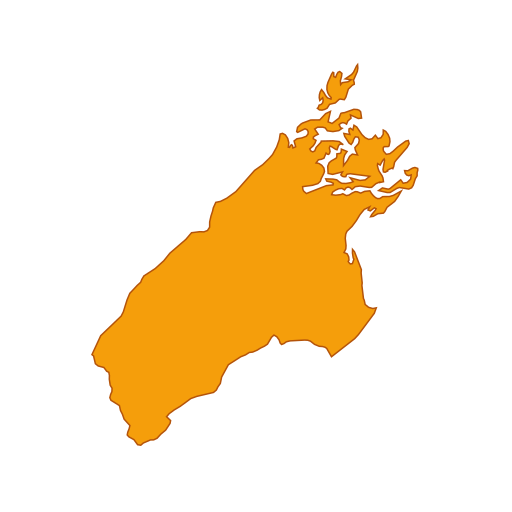 outline of Marlborough District, rotated 9°
{"feature_id": "NZL-3401", "entity_name": "Marlborough District", "entity_type": "Unitary Authority", "adm_level": 1, "iso_a3": "NZL", "parent_name": "New Zealand", "parent_adm1": "", "projection": "orthographic", "projection_center": [173.864, -41.59], "detail": "fine", "context": "isolated", "style": "filled", "palette": "amber", "viewbox_px": 512, "rotation_deg": 9, "n_neighbors": 0, "source": "natural_earth", "source_scale": "10m", "svg_char_len": 6111}
<svg xmlns="http://www.w3.org/2000/svg" viewBox="0 0 512 512"><g transform="rotate(9 256 256)"><path d="M260.8,131.7L263.0,130.7L266.1,131.8L268.9,134.9L270.7,139.0L270.9,143.5L272.1,143.5L273.0,141.2L273.8,140.5L274.7,141.2L275.6,143.5L278.1,141.9L275.6,136.4L278.1,133.8L282.8,132.2L286.9,129.9L288.3,127.4L288.1,125.0L286.7,123.3L284.5,122.7L277.8,127.4L276.7,126.8L276.9,122.4L279.7,118.7L281.2,117.4L288.8,113.1L297.7,111.6L302.5,104.5L306.9,101.5L306.2,112.2L310.4,113.2L316.4,106.8L317.5,101.9L318.5,101.3L321.1,100.5L329.7,95.8L333.2,95.5L335.3,96.0L336.8,97.2L338.7,103.3L335.6,104.2L327.2,101.9L328.3,105.0L325.6,108.3L324.8,111.6L322.8,110.8L320.9,110.7L319.2,111.5L317.5,113.2L319.5,116.1L321.1,116.4L318.2,119.2L312.5,121.1L306.9,121.2L304.4,118.7L301.8,118.3L296.7,119.1L294.1,121.4L298.4,126.0L295.9,127.7L294.1,129.5L294.2,131.2L297.2,132.4L296.6,135.3L295.4,138.0L292.3,141.9L293.8,143.7L295.8,144.3L297.6,143.0L298.4,139.4L302.4,133.4L302.5,132.3L314.1,130.2L320.2,129.9L324.8,132.4L322.8,132.1L321.3,132.5L320.3,133.9L319.4,138.4L318.0,138.2L313.0,136.0L311.9,135.9L311.5,137.8L312.8,141.1L312.5,143.3L311.8,144.3L310.6,144.3L309.1,143.4L307.8,148.8L305.4,150.3L302.6,151.2L300.8,154.7L303.5,154.7L306.7,156.1L309.3,158.5L310.4,161.7L310.0,164.1L308.3,169.3L307.9,172.1L305.8,174.8L300.8,177.3L291.2,180.2L291.8,182.8L293.0,184.6L296.0,186.4L314.5,175.5L321.0,173.7L321.0,172.1L318.5,171.3L314.2,171.0L312.8,168.9L320.1,168.0L323.8,168.1L326.5,169.7L329.3,170.8L333.5,170.3L337.7,168.9L340.4,167.4L336.7,164.0L347.0,165.1L352.0,163.7L355.9,159.5L336.2,160.0L333.2,160.9L332.7,161.6L332.3,163.6L330.7,164.0L328.8,163.8L327.1,162.6L328.3,159.4L318.9,163.4L314.3,163.2L312.8,156.1L313.7,152.4L315.5,150.3L320.0,146.7L320.3,145.3L319.9,142.4L322.7,141.6L323.6,140.9L323.8,139.5L323.6,137.1L329.6,138.5L327.8,142.2L327.3,145.8L328.3,153.0L331.4,147.3L332.9,142.9L335.2,140.3L340.5,140.3L337.5,135.7L336.7,133.5L339.7,128.8L339.9,125.3L338.4,122.7L335.5,122.7L334.4,125.0L333.7,128.6L332.5,131.0L330.2,129.9L324.9,124.0L323.6,121.2L329.7,121.3L328.2,118.3L328.0,115.9L329.2,115.0L332.0,116.4L332.3,111.5L335.3,112.8L341.6,119.5L345.3,122.1L349.0,123.2L352.3,122.1L355.0,118.0L358.0,121.0L360.9,119.7L362.6,116.0L362.0,111.7L364.6,112.6L367.4,115.3L369.6,118.8L370.4,122.1L370.2,126.5L369.3,127.3L365.6,127.9L364.8,128.9L364.8,130.4L365.6,132.5L368.8,135.2L372.2,134.0L375.1,131.0L378.8,126.2L385.9,119.1L388.4,118.1L389.7,121.1L388.3,125.1L379.3,139.6L378.2,141.8L378.0,146.3L377.5,148.3L376.9,147.8L374.4,149.2L372.3,150.9L372.7,151.5L370.4,153.1L368.7,153.0L367.9,150.7L368.0,141.2L367.4,140.1L366.2,141.8L364.4,146.8L361.7,145.7L361.7,147.6L363.0,150.7L364.3,153.0L368.0,157.1L369.2,159.1L370.3,162.7L366.7,164.1L366.6,163.6L363.1,165.8L359.5,170.1L357.1,170.6L347.9,170.6L343.2,172.0L340.4,175.3L338.3,173.8L336.2,173.5L334.4,174.5L333.1,176.9L330.4,175.8L327.2,176.6L324.1,178.6L321.7,180.9L321.1,183.6L325.2,183.5L330.1,182.1L332.0,180.9L335.8,182.2L338.4,181.2L340.8,179.0L343.9,176.9L345.9,176.7L349.6,177.5L353.1,175.2L358.3,173.8L360.1,176.0L362.5,178.1L365.0,179.7L367.2,180.3L369.4,179.8L371.9,177.5L378.4,176.4L382.1,174.7L389.3,169.1L387.1,174.9L384.4,180.4L377.8,187.4L376.3,191.9L375.2,193.7L369.7,195.2L365.6,198.5L363.0,199.3L363.8,197.0L366.8,191.9L367.2,190.5L365.4,189.9L361.8,193.6L359.4,193.0L360.6,189.6L355.6,193.1L352.2,198.9L349.5,205.5L346.2,211.8L342.0,217.3L341.2,220.2L341.4,224.6L343.3,231.6L343.6,235.0L342.4,238.8L345.7,239.6L347.7,242.4L348.5,245.5L347.9,246.9L348.6,247.8L350.4,249.1L352.4,248.4L353.2,243.8L352.3,242.7L350.8,238.0L350.3,234.4L352.7,236.5L362.2,253.0L362.5,256.3L365.1,266.0L365.2,268.5L368.8,281.2L369.8,282.7L371.4,286.8L375.3,289.1L379.6,289.6L382.9,288.4L381.8,294.1L369.4,317.7L366.4,322.2L346.3,343.7L340.3,336.2L338.4,335.3L335.9,335.0L332.6,335.3L327.6,334.1L323.1,331.6L320.3,331.1L317.3,331.4L302.9,334.5L299.4,336.0L297.3,338.1L295.1,339.4L293.5,338.2L291.9,335.2L289.2,332.5L286.1,331.3L284.0,333.9L281.1,341.3L278.4,343.8L274.9,346.2L271.9,348.8L267.8,351.4L264.5,352.3L261.1,355.3L256.7,357.9L245.7,367.7L241.0,380.9L240.7,387.5L238.9,391.1L237.8,394.6L235.4,397.4L219.5,403.9L213.9,407.0L204.7,416.3L199.2,420.9L194.9,425.3L192.8,428.7L197.4,431.9L197.3,434.8L194.0,442.1L189.9,446.8L186.8,451.5L183.7,453.6L180.5,454.2L174.0,458.3L171.8,460.9L168.6,460.9L164.2,456.5L158.7,454.5L156.8,452.9L156.9,450.1L157.7,446.5L158.0,443.2L151.3,437.8L148.7,433.0L146.4,429.9L144.5,425.1L135.3,421.2L133.8,418.8L134.1,415.4L134.9,412.5L134.5,409.1L132.2,406.4L130.4,400.7L129.9,396.9L128.8,393.9L126.6,393.2L123.2,389.9L117.3,389.3L114.2,387.5L111.2,380.1L109.4,379.1L115.1,359.0L132.2,336.5L133.7,332.0L135.5,319.6L137.2,312.6L143.3,303.6L146.2,300.0L146.9,296.9L148.4,293.2L158.4,284.2L165.7,275.1L170.5,266.7L184.1,250.6L188.7,243.1L196.6,240.8L200.8,240.3L204.1,238.4L205.7,234.8L204.9,229.6L205.3,223.5L206.1,218.5L206.3,215.1L207.9,209.3L212.4,207.6L218.1,203.5L226.1,195.5L241.2,171.7L248.4,164.7L253.7,157.6L256.5,153.2L259.4,145.1L260.8,137.6L260.8,131.7ZM294.7,97.2L296.8,96.0L297.9,94.2L298.0,91.9L297.1,89.3L294.7,92.4L293.7,89.8L293.4,86.8L293.7,84.0L294.7,81.4L297.4,83.9L299.5,86.6L301.9,88.7L305.5,89.3L305.5,87.8L303.3,86.0L301.4,83.6L300.0,80.5L299.5,76.7L299.9,73.3L302.2,64.5L303.1,62.5L304.1,62.8L304.8,66.6L306.7,67.1L307.4,63.9L308.3,61.7L309.8,60.7L312.3,62.2L312.4,65.6L311.9,69.8L312.8,73.5L314.1,71.3L319.7,69.5L322.4,67.1L316.4,67.1L322.0,61.8L323.6,59.2L325.6,52.5L326.4,51.1L327.2,54.5L327.2,57.9L324.8,67.1L325.9,69.5L326.2,71.0L324.4,72.3L321.1,76.7L319.9,85.1L318.8,87.8L314.6,87.8L313.5,88.4L310.4,92.4L304.9,94.7L303.1,98.9L300.9,100.5L298.4,101.6L295.8,101.8L293.5,100.5L294.2,99.7L294.7,97.2ZM399.1,143.7L402.0,144.2L402.4,145.9L402.1,148.5L402.6,151.6L401.3,154.7L400.2,161.6L399.0,164.3L396.4,166.0L386.9,165.9L384.5,167.2L378.5,172.3L375.7,172.8L366.9,172.2L370.2,169.0L376.3,169.3L377.9,168.3L387.0,158.1L390.0,161.1L393.8,159.7L396.7,155.9L396.6,151.6L394.4,152.8L392.3,152.5L390.5,151.0L389.4,148.4L392.6,148.1L396.8,144.7L399.1,143.7Z" fill="#f59e0b" stroke="#b45309" stroke-width="1.5"/></g></svg>